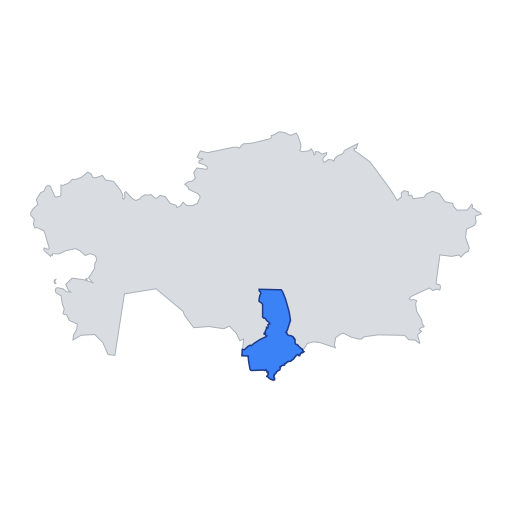 location of South Kazakhstan within Kazakhstan
{"feature_id": "KAZ-3251", "entity_name": "South Kazakhstan", "entity_type": "Region", "adm_level": 1, "iso_a3": "KAZ", "parent_name": "Kazakhstan", "parent_adm1": "", "projection": "albers", "projection_center": [68.818, 43.271], "detail": "fine", "context": "in_parent", "style": "filled", "palette": "blue", "viewbox_px": 512, "rotation_deg": 0, "n_neighbors": 0, "source": "natural_earth", "source_scale": "10m", "svg_char_len": 7860}
<svg xmlns="http://www.w3.org/2000/svg" viewBox="0 0 512 512"><path d="M303.8,351.8L300.9,353.2L299.3,355.4L297.2,354.8L293.3,359.2L281.4,366.0L274.2,375.3L274.0,379.5L272.0,379.6L267.3,376.4L268.2,372.7L266.0,369.8L250.4,369.8L248.1,356.0L242.0,355.6L243.6,339.0L239.9,340.8L236.4,333.3L229.5,326.2L223.7,328.7L208.7,326.5L193.7,327.7L184.6,315.4L183.1,311.4L156.1,288.8L124.4,293.9L114.9,355.3L108.1,354.6L102.7,342.3L94.7,334.5L81.0,335.3L72.9,340.0L73.6,334.6L76.6,329.6L77.4,324.0L69.3,320.5L66.8,315.0L63.0,313.9L64.2,308.9L62.3,303.8L61.1,295.9L55.7,292.4L55.3,290.0L56.2,288.1L57.7,287.7L63.0,288.8L66.3,291.7L70.7,292.1L68.3,290.1L65.8,284.3L72.1,278.1L84.0,279.8L92.8,282.7L88.6,277.8L94.7,268.3L94.8,263.5L96.6,260.5L96.1,257.2L94.6,255.2L89.9,253.6L85.4,255.5L80.2,251.0L75.5,248.6L66.1,250.6L59.1,253.9L52.7,253.7L52.4,255.5L51.6,254.9L50.5,255.5L50.6,256.4L44.5,250.9L43.7,249.3L44.2,247.9L48.2,249.4L49.3,248.5L44.2,231.0L37.1,227.5L34.7,228.0L33.4,224.0L34.3,219.3L30.7,215.2L30.9,212.4L32.9,209.0L37.9,204.3L36.4,200.1L37.2,198.0L40.6,192.8L43.9,191.1L45.9,186.9L48.3,185.3L50.3,186.3L54.8,196.4L55.8,197.1L59.6,196.4L60.9,195.2L61.0,184.9L62.8,185.5L69.2,182.8L71.9,179.4L75.5,179.4L81.3,177.5L87.8,172.0L91.3,174.1L92.6,177.3L95.4,177.8L102.5,175.4L105.4,179.9L113.4,181.4L120.5,190.2L122.8,195.0L122.7,198.3L123.5,199.3L124.9,197.4L124.6,192.5L125.8,191.6L132.4,198.6L135.7,200.5L139.9,198.9L141.3,196.9L145.4,194.6L146.7,195.4L151.0,194.6L155.2,198.2L157.5,197.9L159.9,195.4L165.3,196.6L170.2,203.4L176.1,205.3L176.7,207.5L179.9,206.4L183.1,202.2L186.7,205.5L192.3,205.7L197.3,203.4L200.0,197.5L199.8,195.8L197.9,193.7L188.7,189.3L188.1,187.2L184.7,184.2L189.1,181.4L191.7,181.3L195.4,178.5L193.7,172.7L196.9,168.0L206.4,169.3L207.6,168.4L207.1,166.7L203.6,164.4L199.0,163.0L198.7,162.1L199.5,160.4L202.8,159.4L202.2,158.4L199.9,158.7L197.2,157.2L200.4,150.9L207.3,152.7L233.4,147.2L238.1,147.3L239.6,148.3L241.3,145.4L243.7,143.8L251.2,143.3L270.6,138.6L271.5,137.3L271.1,135.6L274.3,134.8L278.8,131.8L283.9,132.3L290.7,135.4L296.2,133.0L297.9,135.9L300.9,144.5L300.7,148.4L299.7,150.1L300.2,150.9L302.6,151.7L309.4,150.7L311.1,148.7L313.3,151.9L314.0,154.9L315.4,153.9L315.1,152.4L315.6,151.6L318.6,151.9L321.9,154.2L326.7,152.6L326.5,154.5L322.9,158.3L322.8,160.2L324.2,162.6L328.6,159.5L332.3,160.0L333.8,161.3L334.7,158.6L338.3,155.4L342.2,154.0L343.7,152.6L344.1,150.6L357.7,143.6L356.3,148.6L353.9,148.7L354.8,150.8L370.0,161.8L390.2,189.2L397.2,200.4L401.5,196.9L401.2,192.9L404.0,190.7L408.4,191.8L408.3,195.5L411.7,195.2L413.1,198.7L424.1,197.2L426.5,193.9L432.5,191.2L439.4,193.7L445.0,201.8L452.7,203.3L453.4,206.1L456.8,210.1L467.4,210.0L471.8,204.3L472.7,205.5L472.0,207.9L474.3,208.7L477.1,211.5L479.8,212.1L481.3,214.1L475.8,215.9L475.4,217.9L476.1,221.9L474.9,225.1L466.5,229.3L465.6,237.5L469.3,248.1L468.0,251.7L465.3,252.7L460.9,257.1L459.1,255.0L451.7,256.4L439.9,254.9L436.1,282.7L436.4,283.9L440.0,285.0L440.5,287.1L439.8,290.1L436.5,289.1L432.9,290.6L429.4,288.0L411.0,296.5L409.1,298.8L410.8,300.1L413.8,299.5L416.7,300.7L415.6,303.6L416.6,311.2L421.5,319.6L422.3,323.9L424.1,326.1L423.8,327.2L422.1,327.0L419.5,328.8L419.6,330.0L421.7,331.4L417.9,334.3L417.7,336.2L419.8,342.5L419.3,343.4L415.2,340.1L408.9,339.8L404.6,335.3L377.9,334.9L363.9,336.8L361.5,339.1L358.2,339.0L351.2,337.1L343.4,333.2L340.3,334.2L335.7,337.7L334.4,344.7L335.4,347.8L320.0,342.6L313.6,341.8L307.4,343.5L303.1,350.2L303.8,351.8ZM55.9,283.3L54.8,283.5L54.0,281.4L54.8,279.7L55.9,279.4L54.6,281.4L55.9,283.3ZM87.0,280.2L86.1,279.8L85.7,278.9L87.1,278.4L87.0,280.2Z" fill="#d9dde1" stroke="#a8b0b8" stroke-width="1"/><path d="M303.0,350.3L302.7,350.5L302.6,350.8L302.7,351.1L303.2,351.5L303.4,351.7L303.8,351.8L303.4,352.1L303.0,352.5L302.7,352.6L302.3,352.8L302.0,352.8L301.7,352.7L301.3,352.7L301.2,352.7L301.1,352.8L300.9,353.1L300.8,353.4L300.8,353.5L300.6,353.7L300.4,353.9L300.3,354.2L300.1,354.5L300.0,354.8L299.9,355.1L299.8,355.3L299.7,355.6L299.3,355.8L299.1,355.8L299.0,355.7L298.9,355.7L298.7,355.6L298.5,355.3L298.4,355.1L298.3,354.9L298.2,354.8L298.1,354.7L297.9,354.5L297.7,354.5L297.1,354.8L296.5,355.1L296.2,355.3L296.0,355.5L295.8,355.9L295.7,356.2L295.6,356.4L295.6,356.5L295.4,356.7L295.3,356.8L295.2,356.8L294.9,357.0L294.7,357.1L294.2,358.0L293.8,358.7L293.6,358.9L293.5,359.1L292.9,359.5L292.4,359.9L292.1,360.0L291.7,360.2L291.5,360.3L291.4,360.5L291.2,360.8L291.0,361.1L290.7,361.2L290.5,361.3L289.8,361.3L289.1,361.4L288.2,361.6L287.4,361.8L287.2,362.0L286.8,362.4L286.2,363.0L285.5,363.5L285.2,363.6L284.8,363.7L284.6,363.8L284.5,364.0L284.4,364.2L284.3,364.4L284.3,364.5L284.5,364.8L284.6,365.0L284.4,365.2L284.1,365.2L283.7,365.1L283.2,365.3L283.0,365.5L282.9,365.5L282.6,365.4L282.4,365.4L282.2,365.4L281.9,365.6L281.6,365.8L281.4,366.0L281.2,366.1L281.2,366.3L281.1,366.5L280.9,366.4L280.6,366.5L280.4,366.6L280.1,366.8L279.9,366.9L279.9,367.0L280.0,367.2L280.0,367.3L280.2,367.5L280.2,367.9L280.1,368.7L280.0,369.5L279.9,369.6L279.8,369.8L279.7,369.9L279.5,370.0L279.2,370.2L279.0,370.3L278.8,370.4L278.5,370.4L278.2,370.5L277.9,370.7L277.8,370.8L277.7,371.0L277.5,371.3L277.1,371.5L276.6,371.7L276.4,371.9L276.3,372.1L276.0,372.8L275.8,373.5L275.7,373.6L275.5,373.8L275.2,373.9L275.0,374.0L274.8,374.1L274.6,374.2L274.4,374.4L274.3,374.6L274.3,374.8L274.2,374.7L274.0,374.8L274.0,375.0L274.1,375.3L274.0,375.5L273.9,375.6L273.8,375.8L273.8,376.0L273.8,376.7L273.9,377.4L273.9,377.5L274.0,377.7L274.0,377.8L274.4,377.9L274.5,378.0L274.5,378.3L274.6,378.5L274.7,378.8L274.6,379.2L274.4,379.4L274.5,379.5L274.6,379.8L274.4,379.9L274.1,379.9L273.7,379.8L273.4,379.6L273.2,379.6L273.1,379.8L273.0,380.0L272.9,379.9L272.7,380.0L271.1,379.4L270.1,378.9L269.6,378.6L269.2,378.2L268.7,377.9L268.2,377.3L267.6,376.7L267.4,376.6L267.2,376.5L266.9,376.4L266.7,376.4L266.7,376.2L266.8,376.1L267.0,376.0L267.2,375.9L267.3,375.8L267.4,375.7L267.5,375.6L267.7,375.4L267.8,375.3L267.9,375.1L268.0,374.8L268.1,374.6L268.2,374.3L268.2,374.0L268.3,373.7L268.3,373.2L268.2,373.1L268.1,372.9L268.3,372.8L268.4,372.6L268.3,372.4L268.3,372.2L268.1,372.0L267.9,372.2L267.8,372.4L267.7,372.3L267.7,372.2L267.4,372.2L267.4,372.3L267.2,372.4L267.0,372.1L267.0,371.8L266.9,371.5L266.9,371.3L266.8,371.2L266.5,370.8L266.3,370.4L266.2,370.3L266.2,370.2L266.0,369.7L265.8,369.8L265.7,369.9L265.3,370.2L264.9,370.4L264.7,370.5L264.5,370.4L264.4,370.4L264.1,370.2L263.9,370.1L263.7,370.0L262.0,370.1L260.3,370.1L259.3,370.2L257.7,370.3L256.3,370.3L254.4,370.4L253.2,370.4L251.7,370.5L251.2,370.3L250.7,370.2L250.4,369.8L250.1,369.5L249.6,367.0L249.2,364.5L248.8,362.4L248.5,360.3L248.3,358.1L248.2,356.0L248.0,355.9L247.9,355.9L246.3,355.9L244.9,355.8L243.6,355.8L242.0,355.7L241.9,355.7L242.1,352.2L242.2,349.4L243.4,349.6L244.3,349.8L248.3,346.1L250.2,345.2L251.3,345.7L254.0,343.4L260.1,339.5L266.2,336.6L266.8,336.0L266.4,335.8L265.6,335.1L265.5,333.9L265.0,333.9L265.1,333.2L264.6,333.4L264.2,334.8L264.1,333.2L265.1,332.2L265.5,330.7L266.4,329.1L266.5,327.4L267.7,328.1L268.2,326.8L268.1,325.6L267.8,325.0L268.6,324.0L269.7,324.0L269.7,322.9L266.9,320.7L265.8,319.3L265.6,318.8L264.9,318.3L264.2,317.9L263.7,318.1L262.6,317.1L262.6,304.3L261.7,303.1L260.1,302.1L259.0,301.2L259.1,299.2L259.9,295.2L260.9,293.7L260.4,291.9L259.2,290.9L259.1,289.3L281.3,289.8L282.8,292.2L285.5,299.0L289.0,311.2L290.4,319.5L290.5,320.8L290.1,321.4L287.3,330.3L286.2,331.9L285.9,332.4L286.6,332.6L287.0,333.1L287.0,333.8L287.7,334.9L288.2,335.1L289.5,335.6L290.6,335.6L291.2,335.8L292.0,336.3L293.0,336.6L293.3,337.7L293.7,338.2L294.2,338.1L294.5,338.4L294.3,339.0L295.0,339.5L294.8,340.0L295.1,340.6L295.0,341.8L295.2,343.3L295.9,344.3L296.8,344.5L297.3,344.7L298.1,345.4L298.7,346.2L299.0,346.7L299.6,347.0L300.9,348.4L301.9,348.7L301.9,349.2L302.3,349.4L302.3,349.6L303.0,350.2L303.0,350.3Z" fill="#3b82f6" stroke="#1e3a8a" stroke-width="1.5"/></svg>